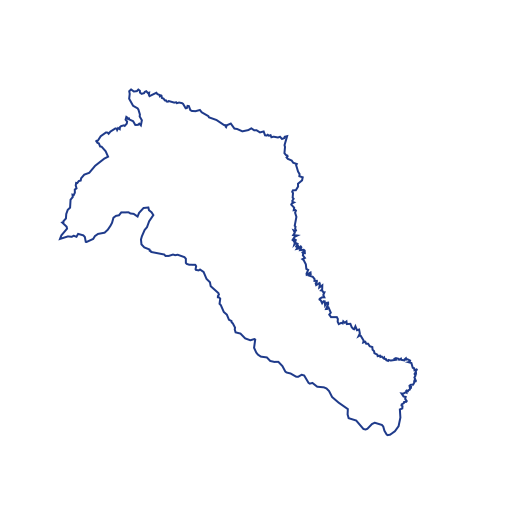 outline of Gorontalo, Gorontalo, Indonesia, rotated 201°
{"feature_id": "22746128B1660874628525", "entity_name": "Gorontalo", "entity_type": "district", "adm_level": 2, "iso_a3": "IDN", "parent_name": "Indonesia", "parent_adm1": "Gorontalo", "projection": "natural_earth1", "projection_center": [122.789, 0.702], "detail": "fine", "context": "isolated", "style": "outline", "palette": "blue", "viewbox_px": 512, "rotation_deg": 201, "n_neighbors": 0, "source": "geoboundaries", "source_scale": "gbopen_adm2", "svg_char_len": 6085}
<svg xmlns="http://www.w3.org/2000/svg" viewBox="0 0 512 512"><g transform="rotate(201 256 256)"><path d="M247.0,349.9L251.1,355.2L250.9,356.5L254.7,356.4L256.9,357.9L261.2,358.1L262.8,359.0L262.2,360.3L262.7,361.0L264.2,361.0L266.3,362.2L268.0,368.2L269.1,369.7L269.9,379.0L271.9,377.6L271.9,376.1L273.7,374.6L276.3,375.9L278.0,374.5L282.3,373.7L284.2,372.4L285.7,374.0L287.0,372.9L288.5,373.4L289.1,372.3L290.8,371.9L293.5,375.0L296.6,372.8L300.6,373.6L302.7,372.7L306.1,373.5L308.3,370.8L313.4,367.5L319.2,367.8L321.8,367.2L327.0,370.6L330.1,367.6L330.1,365.6L330.7,365.9L330.7,367.4L332.8,366.8L341.6,368.8L349.6,368.6L350.6,369.5L358.2,370.7L360.7,372.2L364.4,369.5L367.9,368.4L369.6,368.7L372.4,371.9L373.7,371.6L373.6,369.3L374.6,368.7L378.6,371.9L379.8,372.2L382.8,371.7L384.7,370.3L385.6,370.9L387.3,369.9L393.0,369.4L393.5,368.5L394.8,368.2L395.8,369.0L396.9,368.6L398.7,369.8L400.5,369.8L401.7,371.8L402.3,371.9L403.0,370.7L403.9,371.8L406.1,371.8L407.5,372.7L412.7,367.1L413.8,368.1L414.3,370.2L415.3,369.4L417.5,370.5L418.6,369.4L418.9,367.9L420.9,366.4L422.9,367.0L423.6,368.6L425.5,369.2L426.3,367.2L429.0,365.8L432.3,366.7L433.4,364.4L432.0,362.1L430.8,357.4L424.6,352.2L419.4,351.4L418.2,350.5L415.1,346.5L414.6,344.6L411.2,341.8L410.3,336.7L412.4,337.7L413.2,336.1L415.7,335.1L419.0,337.8L423.5,338.1L423.8,338.8L424.8,338.2L425.3,339.0L426.9,339.4L426.6,336.5L424.5,335.3L424.1,333.3L425.2,330.4L426.2,330.6L428.5,328.9L429.2,327.5L428.7,325.6L430.6,326.0L430.8,323.9L431.7,324.9L433.0,324.7L436.5,320.0L437.4,317.3L438.7,318.0L440.3,317.6L443.9,312.2L445.0,307.0L445.7,306.2L447.0,306.5L444.6,304.8L443.0,304.8L440.8,302.4L439.3,302.7L433.9,299.9L429.7,295.7L432.5,292.6L438.5,282.6L441.5,273.9L445.5,270.4L447.1,265.9L446.7,263.6L448.3,262.5L449.0,260.0L450.1,259.8L449.6,257.3L447.8,254.8L449.0,253.1L447.8,250.2L448.0,247.6L449.3,247.5L448.2,245.4L449.3,242.1L446.9,234.5L448.3,231.6L448.2,227.2L446.9,222.9L448.2,219.6L447.9,218.7L448.9,217.8L443.3,215.5L442.2,213.8L445.1,205.5L445.1,201.7L438.6,206.9L434.9,207.9L433.4,209.6L430.5,209.6L430.0,212.9L424.6,213.4L422.6,212.4L420.0,208.2L419.3,208.3L414.1,213.6L413.5,216.9L411.4,220.0L405.7,223.5L403.8,227.4L402.7,232.1L402.3,235.4L402.8,240.7L401.1,243.3L398.5,244.9L397.4,248.4L390.6,251.1L388.5,250.7L385.3,251.5L380.7,250.4L380.6,254.4L378.2,260.5L373.9,262.7L372.3,260.4L369.2,259.4L366.5,257.4L368.2,250.2L368.1,243.8L369.3,240.4L369.6,233.5L369.3,230.2L367.1,225.8L363.4,224.0L357.8,223.9L357.1,222.8L356.4,223.1L355.3,222.2L342.2,224.5L340.5,223.6L337.5,224.8L334.0,227.6L331.7,227.8L329.6,229.1L322.4,229.3L320.5,228.3L319.0,224.4L317.8,223.8L315.3,223.9L309.5,226.0L308.2,225.0L307.7,222.0L307.1,221.5L304.4,222.0L303.4,223.3L299.2,222.3L294.0,216.9L289.6,215.0L287.5,211.6L277.8,207.9L276.8,206.7L277.2,205.0L276.8,203.8L275.6,204.1L274.1,203.3L272.9,198.3L271.2,197.5L266.0,192.2L262.2,190.8L258.4,186.8L255.6,186.5L254.9,185.3L253.5,184.8L249.9,181.6L249.5,179.8L247.7,177.4L242.7,178.0L236.6,175.2L231.1,175.3L227.7,177.9L226.8,177.7L224.9,169.6L221.1,165.9L218.8,164.6L215.4,163.8L209.5,165.2L205.1,163.1L200.9,163.7L197.2,165.2L191.9,162.7L187.2,158.6L185.7,158.2L181.6,158.7L175.3,157.7L173.4,158.3L170.8,161.5L168.2,161.7L161.5,156.4L160.1,156.1L157.8,157.7L152.0,155.9L145.6,157.7L142.7,157.6L139.4,156.1L134.4,151.6L126.3,148.7L115.4,146.0L113.7,140.9L111.4,137.8L103.5,138.3L93.7,133.0L91.5,133.3L90.1,134.6L87.5,140.7L85.4,142.9L77.9,143.4L76.1,142.4L73.5,138.9L70.1,136.2L69.0,135.9L66.8,137.2L63.5,142.2L61.9,148.2L63.3,156.9L66.7,164.3L64.8,166.1L65.4,168.3L66.6,168.6L66.8,169.7L65.3,171.6L65.4,172.8L63.5,173.7L63.3,174.6L65.5,176.0L65.8,178.1L67.9,177.7L70.9,179.8L69.3,180.2L67.5,182.3L66.5,182.3L67.4,184.0L66.7,185.1L66.8,183.7L65.7,184.1L65.6,185.3L64.5,186.5L64.9,187.8L64.1,188.3L64.3,189.3L65.6,188.9L66.2,189.9L65.4,191.2L63.2,192.2L62.9,194.7L63.3,195.5L62.0,196.3L62.2,197.0L63.4,196.7L63.5,198.3L64.6,199.4L64.2,201.4L65.7,202.7L65.6,203.5L64.5,203.6L65.6,206.0L64.9,208.2L67.1,206.1L68.2,207.9L69.6,207.8L72.6,211.8L75.7,211.5L74.7,212.3L74.7,213.6L77.6,213.9L78.5,213.2L79.4,214.3L80.2,212.8L80.1,211.7L83.2,211.1L83.9,212.1L85.2,210.4L86.3,211.1L88.8,210.8L89.7,209.9L88.3,209.2L92.7,206.7L95.0,206.4L95.1,205.4L97.0,205.4L97.6,206.3L99.2,206.0L100.0,207.2L100.5,206.3L102.6,207.2L103.7,206.3L104.5,207.4L106.5,206.1L107.4,207.4L110.6,207.7L111.7,209.5L113.6,210.3L114.8,212.7L117.5,212.5L119.9,214.3L121.7,213.6L123.2,215.1L124.9,213.7L125.1,215.5L129.7,219.1L130.4,219.3L131.5,217.9L131.3,220.9L133.4,224.3L135.1,222.9L138.0,226.0L138.1,222.8L138.8,222.7L141.1,223.8L143.6,226.5L146.8,225.0L148.1,227.3L149.2,225.5L151.1,226.3L150.9,224.1L152.5,224.1L154.3,222.1L156.2,223.9L157.0,226.5L158.6,227.9L164.0,225.8L166.6,227.5L165.9,229.9L170.0,234.1L170.9,233.8L170.7,232.0L171.6,231.6L171.4,236.9L172.0,238.3L173.2,237.6L173.8,234.7L175.6,238.3L176.7,238.0L177.3,235.6L179.5,237.7L181.1,238.1L181.2,238.9L179.6,241.0L177.4,241.9L179.2,243.7L179.1,246.6L180.1,246.2L181.6,247.4L182.9,247.2L182.3,248.7L183.6,252.4L185.6,249.3L186.3,252.7L187.0,253.5L189.4,250.4L190.5,251.9L189.9,253.6L190.3,254.6L192.5,253.7L193.1,255.5L195.5,256.9L200.0,256.7L200.1,257.9L198.5,258.7L199.2,260.1L202.0,256.7L202.5,257.6L202.3,261.7L204.4,262.0L206.5,266.1L210.1,269.3L211.5,269.7L209.7,271.7L212.5,273.4L212.8,275.2L213.9,276.0L213.2,276.9L212.2,275.8L211.4,276.1L212.5,278.5L213.7,278.9L216.9,277.3L216.8,280.4L217.6,280.9L218.2,278.7L220.5,277.2L219.8,280.2L220.6,280.7L221.2,279.1L221.9,279.2L221.5,282.2L223.4,282.4L224.3,280.3L224.5,282.2L225.9,283.3L224.5,284.2L224.6,285.2L225.9,285.4L226.9,283.9L227.6,284.1L226.8,287.8L224.8,289.9L228.7,288.9L228.1,291.7L230.0,293.4L228.3,293.4L227.8,294.1L229.3,295.7L229.6,297.5L230.7,298.1L232.3,307.0L235.0,310.4L235.0,312.7L236.0,313.1L237.2,312.3L237.7,314.8L241.5,316.6L241.4,317.8L239.8,319.6L241.3,319.6L241.9,320.5L241.4,322.9L242.7,323.6L244.0,328.0L245.2,328.9L245.1,330.5L242.4,331.7L241.6,335.9L242.7,338.5L240.1,343.1L240.6,346.2L244.1,346.0L244.7,348.1L247.0,349.9Z" fill="none" stroke="#1e3a8a" stroke-width="2"/></g></svg>